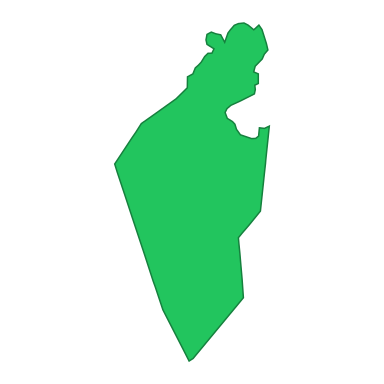 the district of Sanharó, Pernambuco, Brazil
{"feature_id": "56859067B24709648892908", "entity_name": "Sanharó", "entity_type": "district", "adm_level": 2, "iso_a3": "BRA", "parent_name": "Brazil", "parent_adm1": "Pernambuco", "projection": "robinson", "projection_center": [-36.53, -8.368], "detail": "fine", "context": "isolated", "style": "filled", "palette": "green", "viewbox_px": 384, "rotation_deg": 0, "n_neighbors": 0, "source": "geoboundaries", "source_scale": "gbopen_adm2", "svg_char_len": 1149}
<svg xmlns="http://www.w3.org/2000/svg" viewBox="0 0 384 384"><path d="M187.3,87.8L176.0,98.9L153.2,115.2L141.3,123.6L135.8,132.3L132.0,137.8L114.7,164.0L117.3,172.4L122.5,188.0L125.0,195.5L133.6,221.6L144.1,253.2L153.2,281.2L155.3,287.0L162.9,309.8L183.2,349.4L189.1,361.0L193.1,358.5L195.3,355.8L238.9,303.2L243.4,297.7L242.1,279.3L241.6,273.5L240.9,265.6L239.9,253.7L238.9,243.6L238.4,237.7L241.9,233.4L249.3,224.8L260.4,211.1L263.5,182.0L264.3,174.3L265.5,163.5L265.8,159.8L266.8,150.1L268.1,137.8L269.3,126.1L264.5,128.4L259.4,127.8L258.6,136.1L255.7,138.4L251.6,138.6L240.4,134.8L236.5,129.4L234.9,124.2L232.5,121.6L227.3,118.4L225.1,112.5L227.0,108.6L230.9,105.3L240.7,100.8L254.4,93.9L255.3,89.6L254.8,85.2L258.3,83.5L258.3,73.9L253.7,71.9L255.2,66.2L262.2,59.0L264.3,54.2L267.9,50.0L266.4,43.6L262.0,29.6L258.9,25.1L253.8,29.8L248.1,25.1L244.0,23.0L238.4,23.6L234.3,25.3L230.4,29.8L228.0,33.0L224.7,42.3L220.7,34.8L215.8,33.8L211.3,32.1L207.0,34.4L206.0,39.9L207.0,44.4L214.0,48.8L211.9,53.2L208.0,53.3L204.7,56.5L201.2,62.2L198.4,65.2L195.3,67.9L192.9,73.9L187.5,76.8L187.3,87.8Z" fill="#22c55e" stroke="#15803d" stroke-width="1.5"/></svg>